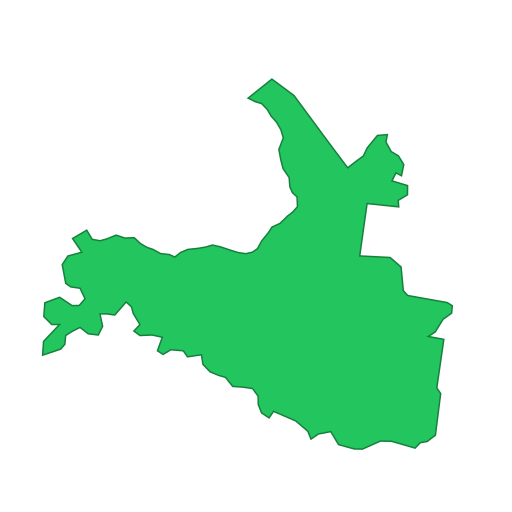 São Valentim, Rio Grande do Sul, Brazil, rotated 8°
{"feature_id": "56859067B73841069656023", "entity_name": "São Valentim", "entity_type": "district", "adm_level": 2, "iso_a3": "BRA", "parent_name": "Brazil", "parent_adm1": "Rio Grande do Sul", "projection": "orthographic", "projection_center": [-52.582, -27.536], "detail": "fine", "context": "isolated", "style": "filled", "palette": "green", "viewbox_px": 512, "rotation_deg": 8, "n_neighbors": 0, "source": "geoboundaries", "source_scale": "gbopen_adm2", "svg_char_len": 1942}
<svg xmlns="http://www.w3.org/2000/svg" viewBox="0 0 512 512"><g transform="rotate(8 256 256)"><path d="M389.6,144.9L383.1,137.0L375.4,133.8L368.8,125.0L369.2,117.5L359.5,119.7L351.1,133.4L348.4,142.0L343.2,147.0L334.5,155.9L311.4,132.7L271.3,91.8L247.1,78.6L226.2,100.8L233.8,103.3L240.4,104.3L246.7,109.3L251.7,115.6L257.5,120.4L263.0,127.4L266.6,135.2L263.8,147.3L267.2,157.4L270.7,165.8L277.9,173.7L279.9,182.9L283.3,188.3L288.4,191.7L290.2,201.4L286.2,207.4L281.7,212.0L275.3,220.3L267.8,225.1L265.0,231.2L259.4,240.5L256.5,248.4L252.1,252.6L245.7,255.1L238.2,255.1L231.0,254.0L219.7,251.9L211.4,251.2L205.0,254.1L197.5,256.5L187.5,259.0L180.8,263.0L175.8,268.3L169.8,266.6L161.3,266.9L152.7,263.7L146.7,262.6L139.8,259.7L132.8,254.8L123.7,256.5L114.6,254.8L106.1,259.7L99.5,262.6L91.5,262.3L84.8,254.0L71.9,264.2L83.0,276.5L69.7,282.2L65.3,291.5L71.4,309.6L76.8,312.4L86.2,312.4L92.7,322.1L87.8,329.6L80.8,330.7L67.3,324.2L53.4,331.7L54.3,345.5L63.3,352.3L71.0,351.2L57.5,370.1L58.5,383.9L75.6,375.4L79.0,370.0L78.6,361.2L84.9,355.9L91.7,351.2L100.7,356.4L110.8,356.2L113.9,347.0L109.6,335.1L116.2,334.1L124.4,334.1L133.8,319.6L139.8,323.7L142.3,329.8L150.6,340.1L145.5,347.3L152.1,350.9L164.1,348.7L174.5,349.5L171.6,363.6L177.7,366.4L184.7,360.7L197.2,360.0L202.2,365.4L215.7,361.4L218.6,370.8L226.8,377.2L236.0,379.5L242.6,380.4L251.1,388.4L260.8,387.7L271.0,387.7L277.6,394.5L278.9,402.7L283.3,410.6L291.5,414.5L295.0,407.4L318.3,413.8L331.8,422.4L335.9,429.7L342.6,423.6L354.5,419.5L364.0,431.3L380.1,433.4L388.3,432.4L404.9,422.0L415.9,420.6L440.3,424.1L444.7,418.0L451.3,415.9L458.6,408.5L458.0,366.5L453.4,361.5L453.6,312.4L437.8,311.7L444.0,306.4L450.1,292.6L457.7,285.4L457.3,277.9L451.8,275.5L411.7,274.0L406.7,269.8L401.2,246.7L389.0,238.8L358.7,241.5L358.7,188.6L390.5,187.5L389.1,181.1L397.5,174.3L396.3,165.2L380.2,162.7L383.0,154.2L388.9,156.3L389.6,144.9Z" fill="#22c55e" stroke="#15803d" stroke-width="1.5"/></g></svg>